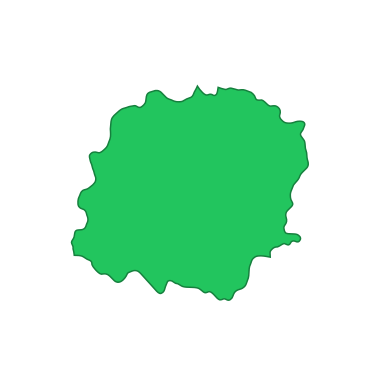 Santo Domingo Norte, Santo Domingo, Dominican Republic (Albers equal-area conic projection), rotated 137°
{"feature_id": "3306468B69906942456290", "entity_name": "Santo Domingo Norte", "entity_type": "district", "adm_level": 2, "iso_a3": "DOM", "parent_name": "Dominican Republic", "parent_adm1": "Santo Domingo", "projection": "albers", "projection_center": [-69.908, 18.61], "detail": "fine", "context": "isolated", "style": "filled", "palette": "green", "viewbox_px": 384, "rotation_deg": 137, "n_neighbors": 0, "source": "geoboundaries", "source_scale": "gbopen_adm2", "svg_char_len": 5696}
<svg xmlns="http://www.w3.org/2000/svg" viewBox="0 0 384 384"><g transform="rotate(137 192 192)"><path d="M208.7,293.8L210.6,291.5L212.1,289.8L213.7,288.2L215.5,286.9L216.8,286.2L218.7,285.3L221.6,283.8L222.9,283.3L224.3,283.0L225.8,282.9L228.0,282.9L230.1,283.0L231.5,283.3L232.7,283.7L233.2,284.1L233.6,284.5L235.3,287.0L236.2,287.8L237.3,288.6L238.6,289.0L239.9,289.1L241.2,288.9L241.8,288.7L242.4,288.3L243.2,287.4L245.1,284.2L245.7,283.0L246.7,280.4L248.6,276.9L249.6,274.3L251.2,271.4L252.5,268.4L253.3,267.3L254.3,266.4L255.4,265.7L256.1,265.4L257.5,265.1L259.7,264.9L262.7,265.1L264.9,265.3L266.3,265.6L267.5,266.1L269.2,267.0L270.4,267.5L271.0,267.6L272.4,267.6L273.1,267.5L274.3,267.1L276.6,266.0L279.1,264.9L279.8,264.5L281.6,263.1L283.1,261.5L284.0,260.4L284.6,259.0L284.7,258.4L284.7,257.0L284.4,255.8L283.1,253.0L282.9,252.4L282.9,251.0L283.0,250.3L283.4,249.1L284.6,246.9L285.4,245.0L286.1,243.8L286.9,242.8L287.9,241.9L289.1,241.2L291.0,240.4L293.2,239.2L294.5,238.8L295.1,238.7L296.5,238.8L297.8,239.3L299.0,240.1L301.1,241.8L302.1,242.5L302.7,242.7L303.4,242.8L304.0,242.8L304.6,242.6L305.8,241.9L308.0,240.2L309.1,239.4L310.4,238.9L313.5,238.0L314.5,237.3L315.1,236.3L315.9,234.1L316.3,233.1L317.8,231.5L319.3,228.8L321.3,226.0L318.3,223.0L317.3,221.8L316.4,220.5L316.1,219.9L315.6,218.5L314.6,214.5L313.6,212.2L313.2,211.1L313.1,210.5L313.2,209.3L313.7,208.4L314.6,207.2L314.8,206.7L315.3,204.7L315.5,202.5L315.6,200.2L315.5,197.9L315.3,196.4L315.0,195.1L314.4,193.9L314.0,193.5L312.1,192.1L311.2,191.2L310.5,190.2L309.9,188.9L309.5,186.7L309.3,180.5L309.1,178.9L308.5,177.6L307.7,176.5L306.6,175.7L305.3,175.1L303.7,174.8L302.2,174.7L299.8,174.9L297.6,175.4L294.9,176.4L294.3,176.5L293.1,176.3L289.7,175.0L288.5,174.4L287.4,173.6L286.5,172.6L285.8,171.5L285.5,170.7L285.2,169.1L285.1,167.5L285.3,153.4L285.5,143.6L285.3,141.4L284.8,140.0L284.4,139.4L283.8,139.0L283.2,138.8L281.9,138.5L280.6,138.6L279.9,138.8L278.7,139.3L276.0,140.9L271.5,143.0L270.3,143.2L269.7,143.0L269.2,142.8L268.3,142.0L267.6,141.0L267.3,140.4L266.4,136.8L266.2,136.3L265.0,134.6L264.8,134.1L263.7,130.3L263.1,129.0L262.2,127.7L261.2,126.5L255.5,120.7L254.5,119.5L253.5,118.2L252.8,116.8L252.6,116.1L252.3,114.6L251.8,111.0L251.3,109.7L250.9,109.2L250.0,108.6L248.0,107.8L247.6,107.5L247.1,107.1L246.8,106.6L246.5,106.0L246.2,104.7L246.0,102.5L246.0,97.2L245.8,95.8L245.4,94.5L245.0,94.0L244.5,93.6L243.6,93.0L242.0,92.4L241.2,91.8L240.6,90.9L239.8,88.9L239.1,88.0L238.6,87.6L237.5,87.2L236.8,87.2L235.5,87.2L234.8,87.3L233.6,87.8L230.8,89.1L229.4,89.5L228.0,89.6L226.6,89.5L225.2,89.1L221.7,87.5L220.4,87.2L218.2,87.0L216.8,87.2L216.1,87.4L214.9,87.9L209.5,90.7L207.6,92.1L202.5,96.9L200.6,98.3L198.1,99.5L195.3,101.0L194.0,101.5L192.6,101.7L191.1,101.6L189.7,101.4L188.3,100.8L187.0,99.9L185.2,98.4L183.0,96.0L181.5,94.1L179.2,91.0L176.4,94.3L175.4,95.1L174.0,95.5L172.6,95.6L171.1,95.6L169.7,95.3L168.5,94.8L166.8,93.5L166.2,93.3L164.9,92.9L161.5,92.2L160.2,91.7L159.7,91.4L159.4,90.9L158.3,88.5L158.0,88.1L157.7,87.7L157.2,87.4L156.2,87.2L155.2,87.4L153.3,87.9L152.3,87.7L151.4,87.2L150.6,86.4L149.3,84.0L148.5,83.3L148.0,83.0L146.9,82.9L145.3,83.3L144.8,83.6L144.3,84.0L143.9,84.6L143.7,85.2L143.5,85.8L143.6,87.2L143.8,88.5L144.1,89.2L144.5,89.9L145.4,91.1L150.2,96.0L151.0,97.2L151.3,97.8L151.4,98.5L151.2,99.7L150.8,100.7L149.6,102.7L148.8,103.6L147.7,104.2L144.7,105.0L144.1,105.3L143.0,105.9L141.6,107.3L140.0,110.1L139.3,111.1L138.3,112.0L137.2,112.7L136.5,113.0L135.0,113.3L129.0,113.5L127.7,113.8L127.1,114.1L126.5,114.5L125.9,115.5L124.8,119.1L123.7,120.9L122.7,122.1L121.7,123.2L120.6,124.1L119.3,124.9L113.2,127.8L111.7,128.1L107.0,128.6L105.5,128.9L104.1,129.3L101.7,130.4L100.4,130.8L98.2,131.1L91.9,131.3L90.4,131.6L89.7,131.9L88.5,132.6L87.2,134.0L86.5,135.1L85.3,137.4L84.3,138.9L81.5,142.4L80.9,143.5L79.3,146.6L76.1,150.7L75.3,152.0L75.0,152.6L74.7,154.0L74.2,158.0L73.9,159.3L73.6,159.8L73.2,160.3L72.7,160.7L72.2,161.0L71.0,161.3L69.1,161.7L67.9,162.1L64.1,164.0L63.6,164.4L63.2,164.8L62.9,165.4L62.7,166.0L62.7,166.7L62.8,167.4L63.4,168.6L64.8,170.2L66.5,171.6L67.8,172.4L71.0,173.9L72.3,174.7L73.5,175.6L75.1,177.2L76.0,178.3L76.8,179.7L77.0,180.4L77.3,181.8L77.4,183.9L77.3,185.3L76.9,186.6L76.3,187.7L75.9,188.1L73.4,189.8L72.2,191.2L71.9,191.7L71.4,193.1L71.3,193.8L71.3,195.2L71.6,196.6L71.8,197.2L72.5,198.4L73.9,199.7L75.8,201.1L76.2,201.5L76.5,202.0L76.8,202.7L77.1,204.0L77.4,208.5L77.8,210.6L78.3,211.7L78.7,212.1L80.0,213.1L80.8,213.9L81.5,214.8L81.7,215.3L81.8,215.8L81.8,216.4L81.7,216.9L80.7,219.6L80.5,221.7L80.7,223.8L80.8,224.5L81.4,225.7L82.6,228.1L83.5,229.9L84.6,231.6L85.9,232.9L88.4,234.8L89.1,235.7L90.1,237.4L92.4,241.0L93.2,241.9L94.2,242.5L96.9,243.6L97.8,244.4L99.9,247.7L101.5,250.7L104.6,248.3L106.2,247.3L107.3,246.8L108.5,246.8L109.1,246.9L109.7,247.3L110.1,247.7L110.4,248.1L111.0,249.8L111.7,250.8L112.6,251.5L114.3,252.3L115.3,253.1L115.7,253.7L116.2,255.1L116.5,257.5L116.4,261.9L115.8,265.8L118.2,264.8L122.1,263.5L125.0,262.2L126.3,261.9L127.0,261.8L128.3,262.0L132.5,263.7L136.6,264.7L137.3,264.9L138.6,265.7L139.7,266.6L140.8,267.6L141.9,268.8L142.7,270.0L143.4,271.2L144.2,273.2L145.7,276.1L146.2,277.5L146.4,279.0L146.6,286.0L146.9,287.5L147.5,288.9L148.3,290.0L149.3,290.9L149.8,291.3L155.1,293.9L156.4,294.1L157.1,294.2L158.5,293.9L159.1,293.6L160.3,292.9L163.7,290.1L164.9,289.3L165.6,289.0L167.7,288.6L169.1,288.6L170.5,288.7L171.8,289.0L172.3,289.3L172.8,289.7L173.5,290.7L174.4,293.4L175.1,294.3L178.7,296.7L179.9,297.4L182.4,298.5L185.4,300.0L186.7,300.5L188.2,300.8L189.8,301.0L194.5,301.1L196.8,301.1L198.4,300.9L199.9,300.6L201.3,300.0L203.1,298.8L208.7,293.8Z" fill="#22c55e" stroke="#15803d" stroke-width="1.5"/></g></svg>